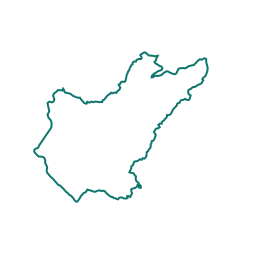 the district of Registro, São Paulo, Brazil, rotated 161°
{"feature_id": "56859067B86828019663063", "entity_name": "Registro", "entity_type": "district", "adm_level": 2, "iso_a3": "BRA", "parent_name": "Brazil", "parent_adm1": "São Paulo", "projection": "albers", "projection_center": [-47.856, -24.495], "detail": "fine", "context": "isolated", "style": "outline", "palette": "teal", "viewbox_px": 256, "rotation_deg": 161, "n_neighbors": 0, "source": "geoboundaries", "source_scale": "gbopen_adm2", "svg_char_len": 4077}
<svg xmlns="http://www.w3.org/2000/svg" viewBox="0 0 256 256"><g transform="rotate(161 128 128)"><path d="M31.6,167.7L32.8,169.0L34.5,168.9L36.3,168.6L37.7,169.6L40.3,168.7L42.3,167.6L44.0,166.8L45.3,166.0L47.0,166.5L48.6,166.5L50.3,166.7L51.7,166.4L53.6,165.8L55.1,166.0L56.5,166.8L58.6,167.3L60.8,167.7L63.2,165.3L64.6,163.9L66.1,163.5L67.5,164.3L69.9,166.3L71.7,168.3L73.1,169.1L74.9,168.7L76.7,168.3L78.4,167.4L80.0,167.2L81.4,167.4L82.8,167.4L84.4,168.2L85.7,168.7L87.5,167.8L89.2,168.2L88.2,169.8L87.0,170.2L85.6,171.0L84.0,171.0L82.3,171.6L80.6,171.9L79.0,171.9L77.2,172.0L76.0,173.4L76.4,175.3L78.1,176.5L79.4,178.4L81.2,180.4L81.4,182.0L79.6,182.8L78.3,184.7L76.4,186.6L77.7,186.8L79.3,187.0L81.2,188.3L82.7,188.9L84.6,189.8L85.8,191.6L86.4,193.0L87.8,194.2L90.1,193.8L92.6,193.1L92.4,191.8L92.3,189.5L93.7,189.0L95.0,189.7L96.3,189.7L97.7,189.6L98.8,188.3L101.0,188.9L102.3,188.3L102.9,186.7L104.5,186.2L105.7,185.0L107.2,183.6L108.0,182.3L109.5,181.4L110.6,179.9L112.0,178.6L112.8,176.9L113.6,175.8L114.2,174.7L115.0,173.4L116.5,172.7L118.1,173.7L119.9,173.5L120.9,172.3L122.7,172.1L122.5,170.4L122.1,168.7L123.5,167.1L124.8,166.7L126.6,165.9L127.5,165.0L129.2,166.0L131.3,165.8L132.5,166.9L133.7,166.2L135.3,165.9L137.1,165.2L138.5,164.4L139.7,163.5L141.4,162.5L142.9,162.5L143.9,161.0L146.2,161.6L147.5,162.2L149.1,163.1L150.6,163.7L152.5,163.7L153.9,164.9L156.1,164.5L158.0,166.1L159.0,164.6L160.3,164.9L161.5,166.4L162.4,168.8L163.3,170.8L163.6,172.4L165.3,172.8L167.1,174.1L168.1,175.1L169.3,176.0L170.8,178.4L172.5,180.0L174.5,181.1L176.1,182.3L176.2,184.9L176.6,186.3L177.8,184.8L179.7,185.8L182.1,186.6L183.9,185.6L185.9,185.0L187.6,184.1L188.3,182.7L188.3,181.0L188.3,178.9L190.1,177.1L191.6,177.0L193.8,178.5L195.9,177.9L196.4,174.8L196.6,172.6L196.9,169.6L198.2,168.2L199.5,167.2L199.8,165.5L199.8,163.6L199.3,162.4L198.5,160.4L198.5,158.1L199.9,154.2L200.8,153.1L217.5,140.6L218.7,139.3L219.7,138.5L221.4,138.6L223.5,138.0L224.4,136.2L223.8,134.2L222.6,131.6L221.7,130.1L219.7,129.3L218.2,128.5L217.1,127.4L216.7,125.7L216.9,124.0L217.7,122.2L217.5,120.3L217.2,118.5L217.3,116.9L218.0,115.8L218.8,114.1L219.1,112.4L218.5,111.0L217.8,108.8L216.9,106.8L215.6,104.6L214.8,102.7L214.2,101.0L213.1,98.7L212.6,96.9L211.0,95.8L210.0,93.8L209.1,92.1L208.2,89.9L207.4,88.0L206.1,86.0L205.3,84.0L204.0,82.7L203.4,81.4L202.5,79.2L202.3,77.9L201.6,76.0L200.3,74.8L198.1,76.0L196.9,77.0L195.7,78.0L194.5,79.1L192.6,80.1L191.0,81.0L189.1,81.0L187.6,82.0L186.5,83.0L184.9,81.9L183.5,80.9L182.0,79.7L180.2,78.4L177.9,78.5L176.3,78.5L174.8,78.1L173.6,77.0L171.9,76.8L170.5,75.8L169.9,73.9L169.0,72.3L167.9,70.4L166.6,68.5L165.0,67.8L164.4,66.5L163.1,65.8L161.6,64.5L160.6,63.8L159.2,64.8L157.6,64.8L156.3,64.2L154.8,62.8L153.2,62.1L151.4,61.8L151.0,63.9L149.8,63.6L148.5,62.1L147.0,63.4L145.5,64.7L145.5,67.2L144.8,69.1L143.1,69.1L140.8,69.0L138.5,69.7L137.7,70.8L137.0,69.1L136.7,67.7L135.3,67.4L134.8,69.1L135.8,70.8L135.9,72.6L137.5,75.5L137.2,77.9L136.2,79.7L136.9,80.8L137.5,83.4L139.5,84.5L141.1,85.7L140.1,86.8L139.0,87.7L138.0,88.9L137.3,90.7L135.0,91.5L134.4,92.8L132.9,94.2L130.3,93.7L128.3,94.0L127.0,94.6L125.2,93.5L123.9,94.6L122.5,93.7L121.2,94.3L119.9,95.2L118.7,97.6L118.3,99.0L116.6,99.5L115.5,100.7L113.7,101.7L112.6,102.9L112.1,104.9L111.0,105.8L109.8,107.9L108.3,107.8L106.5,109.1L105.4,110.5L103.9,112.6L104.4,114.3L104.8,115.8L103.8,116.6L102.5,117.7L101.3,118.3L99.7,117.9L97.7,118.5L98.3,121.1L96.1,121.8L94.8,121.1L94.2,122.3L93.2,123.1L91.8,123.3L90.2,124.4L88.8,125.0L87.6,126.0L86.9,127.5L85.0,126.9L83.8,127.0L82.0,128.0L80.9,129.4L79.1,131.1L76.8,132.2L74.6,133.4L73.9,134.6L72.8,135.2L70.9,135.1L69.3,136.8L67.6,137.1L66.4,136.5L64.5,137.0L63.2,135.4L61.6,134.7L60.5,135.2L59.2,136.9L58.2,138.4L59.6,140.2L59.4,142.6L58.8,143.8L57.4,144.5L56.1,144.4L54.6,145.1L53.1,145.6L51.4,145.0L49.1,145.7L47.2,146.0L45.6,146.1L44.0,146.2L42.7,147.5L41.3,148.7L41.8,150.1L40.2,151.2L38.0,151.8L36.6,153.3L35.5,154.6L34.6,155.8L33.6,157.6L33.1,159.2L32.8,161.1L32.8,163.3L32.3,165.8L31.6,167.7Z" fill="none" stroke="#0f766e" stroke-width="2"/></g></svg>